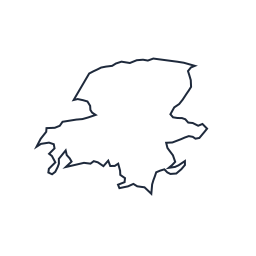 Portalegre, Rio Grande do Norte, Brazil (Equal Earth projection), rotated 234°
{"feature_id": "56859067B24443946953027", "entity_name": "Portalegre", "entity_type": "district", "adm_level": 2, "iso_a3": "BRA", "parent_name": "Brazil", "parent_adm1": "Rio Grande do Norte", "projection": "equal_earth", "projection_center": [-38.025, -6.029], "detail": "fine", "context": "isolated", "style": "outline", "palette": "slate", "viewbox_px": 256, "rotation_deg": 234, "n_neighbors": 0, "source": "geoboundaries", "source_scale": "gbopen_adm2", "svg_char_len": 1563}
<svg xmlns="http://www.w3.org/2000/svg" viewBox="0 0 256 256"><g transform="rotate(234 128 128)"><path d="M139.0,218.6L148.0,211.5L152.6,206.9L169.3,189.3L170.9,183.7L174.4,180.3L177.7,174.9L179.5,167.7L185.5,161.7L187.3,156.1L187.6,151.7L190.6,146.3L192.7,141.8L193.4,137.5L194.2,133.4L194.9,128.6L182.6,100.5L181.0,104.3L176.9,108.0L173.3,110.8L168.2,110.4L164.7,108.2L161.6,108.0L157.6,109.5L160.0,101.8L162.0,96.4L165.2,91.1L171.5,78.7L169.9,74.1L171.2,68.9L175.8,62.0L173.0,59.6L170.6,51.0L166.6,43.0L166.3,48.3L162.6,55.5L158.5,58.4L154.7,56.6L153.5,49.0L150.1,50.0L142.9,49.0L141.5,40.0L138.8,37.4L135.2,39.4L135.3,43.4L137.7,48.1L139.7,51.1L143.7,53.9L144.8,58.1L146.5,64.4L142.1,62.5L137.7,63.0L134.0,62.6L133.0,54.7L125.7,71.9L121.2,76.7L121.3,80.8L118.0,83.4L111.6,85.7L113.2,92.8L107.7,91.3L105.1,95.0L104.9,99.1L98.1,96.5L94.6,94.2L89.2,96.1L86.2,93.4L88.0,86.6L84.4,85.7L80.8,93.7L79.6,99.5L75.4,101.2L70.3,106.5L61.1,108.2L68.2,114.4L70.8,117.8L73.1,121.3L75.6,124.8L74.6,129.0L73.2,133.1L69.0,133.7L65.9,135.3L62.8,140.3L63.3,146.9L64.6,152.3L67.8,154.6L68.1,146.9L68.9,143.1L71.8,137.6L72.1,142.0L72.9,146.3L79.5,148.3L85.6,148.2L88.7,148.2L93.6,150.2L90.2,155.4L87.8,164.3L86.9,168.4L85.7,172.4L82.8,175.2L79.7,176.3L78.0,179.9L79.9,187.5L81.0,191.6L87.5,190.6L88.6,186.1L94.0,183.3L97.0,179.9L101.4,179.5L104.3,177.5L107.0,173.9L110.2,170.7L114.2,170.4L117.5,177.5L117.3,183.5L118.8,188.9L121.3,195.5L122.6,199.2L124.2,203.2L129.8,206.9L134.0,208.4L138.8,210.0L140.0,214.5L139.0,218.6Z" fill="none" stroke="#1e293b" stroke-width="2"/></g></svg>